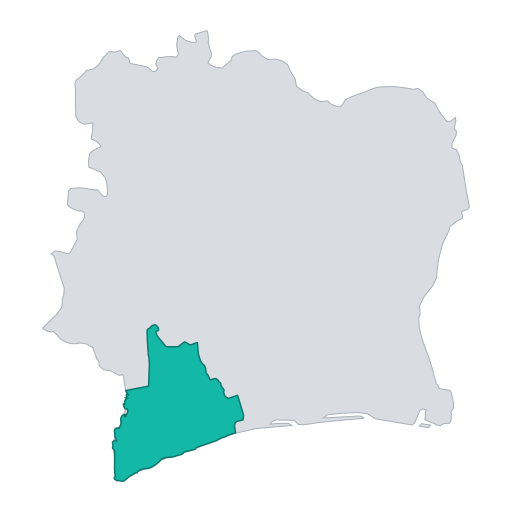 Bas-Sassandra highlighted on a map of Ivory Coast
{"feature_id": "CIV-3448", "entity_name": "Bas-Sassandra", "entity_type": "Department", "adm_level": 1, "iso_a3": "CIV", "parent_name": "Ivory Coast", "parent_adm1": "", "projection": "orthographic", "projection_center": [-6.849, 5.451], "detail": "fine", "context": "in_parent", "style": "filled", "palette": "teal", "viewbox_px": 512, "rotation_deg": 0, "n_neighbors": 0, "source": "natural_earth", "source_scale": "10m", "svg_char_len": 6559}
<svg xmlns="http://www.w3.org/2000/svg" viewBox="0 0 512 512"><path d="M86.4,70.2L88.4,70.2L93.8,68.6L98.6,65.0L103.2,57.6L109.3,51.6L116.2,52.0L118.3,50.9L120.7,50.7L123.5,54.7L126.4,57.7L128.5,57.8L130.0,63.5L142.6,65.8L148.0,67.4L152.5,71.5L154.1,71.6L156.0,70.8L157.5,69.3L157.8,67.7L155.9,64.0L156.7,60.6L158.7,57.6L162.0,57.4L166.9,56.6L172.5,56.6L176.6,57.1L178.3,54.1L176.7,45.7L177.1,41.0L177.8,37.1L179.3,35.5L185.6,40.4L191.3,42.2L195.3,42.3L196.5,41.4L194.7,36.0L195.2,34.4L196.7,33.5L199.4,32.9L206.6,30.7L207.4,31.2L208.8,39.6L208.1,42.4L209.7,48.2L211.6,53.5L211.4,55.7L209.9,59.0L208.1,62.1L208.3,63.3L211.2,65.4L216.7,67.5L222.5,68.0L225.7,64.9L229.0,62.3L231.3,60.0L232.1,56.7L235.7,54.2L246.1,51.1L255.7,50.7L258.0,51.6L262.3,56.3L267.8,59.5L276.2,59.1L282.2,61.0L287.5,64.5L291.0,72.5L294.9,78.3L296.6,86.5L302.7,90.8L307.5,92.7L314.0,98.6L320.7,101.7L327.6,100.9L330.8,104.0L336.0,106.2L341.2,106.4L345.6,99.5L351.6,96.7L366.7,91.2L372.7,88.6L378.7,87.0L393.3,86.5L406.8,88.1L413.6,89.3L418.2,88.4L422.6,91.6L427.1,98.4L430.9,100.6L434.7,102.9L437.5,108.3L440.9,113.7L442.7,116.0L446.8,121.3L450.3,121.3L453.7,119.0L455.2,117.3L455.9,120.8L454.6,126.5L454.9,130.0L456.8,131.3L455.9,135.8L451.9,143.6L452.0,148.1L456.0,149.5L458.9,154.3L460.6,162.6L462.4,165.3L462.6,167.0L465.7,187.0L469.4,207.0L467.2,209.7L464.1,210.5L462.1,211.4L461.5,213.3L462.9,216.0L462.1,218.5L458.2,220.3L449.8,226.7L449.3,229.3L447.1,234.7L445.2,238.1L442.5,244.2L438.3,260.5L436.8,274.0L436.6,278.2L434.9,281.1L433.0,285.3L423.9,296.9L419.3,306.4L419.9,310.5L420.2,314.6L418.8,317.6L419.1,325.6L420.3,332.3L422.0,338.8L428.8,357.4L432.3,368.6L434.6,377.7L436.5,383.8L438.3,386.2L439.1,388.6L449.0,390.2L450.9,391.5L453.7,403.4L453.3,408.7L451.3,410.8L451.4,415.3L451.0,420.9L449.6,423.2L444.0,423.5L440.3,425.6L435.3,424.8L434.8,423.4L432.1,422.9L424.8,419.8L425.9,409.5L422.5,409.1L419.9,410.5L414.7,422.8L412.2,425.0L375.4,418.8L367.4,413.7L357.8,412.6L341.2,413.3L327.4,414.8L323.5,418.0L358.2,416.0L361.9,416.3L363.7,418.2L319.8,422.4L303.0,424.9L298.1,424.3L294.3,420.3L276.1,419.9L272.4,421.2L270.1,424.1L277.3,423.5L288.6,423.3L291.6,425.5L256.2,428.5L231.7,434.1L221.3,438.2L187.0,451.8L166.1,458.2L160.6,460.5L151.1,467.1L138.8,471.3L125.1,479.0L116.7,480.8L114.9,478.3L114.7,465.1L113.5,447.5L113.9,440.8L115.1,434.4L115.1,429.2L119.3,427.2L120.4,425.0L121.0,418.2L124.9,412.0L125.0,401.1L126.1,398.9L127.0,396.0L125.4,388.9L123.2,375.4L122.2,374.5L121.2,375.1L119.0,375.4L110.4,370.7L103.8,369.9L99.2,365.9L98.9,361.4L96.6,358.8L95.0,353.6L92.7,347.6L86.2,343.9L80.1,343.0L75.7,343.8L70.6,343.6L64.7,341.5L60.7,339.3L56.9,334.9L53.3,331.4L50.5,331.8L47.0,331.0L43.7,329.4L42.6,328.1L56.8,314.2L61.7,307.4L62.2,303.3L62.2,299.1L63.8,294.8L64.2,288.2L56.5,264.3L54.5,256.9L52.4,254.7L51.0,253.9L55.0,250.9L60.5,251.7L68.9,254.1L70.7,251.7L77.1,239.7L76.9,235.2L76.3,232.1L80.0,223.9L83.0,220.7L84.5,217.3L84.1,212.6L81.8,210.8L78.9,211.1L75.4,210.0L70.1,207.3L67.4,204.8L68.2,194.0L68.7,190.6L70.6,188.6L73.6,188.1L81.9,187.8L88.6,189.1L94.5,189.8L97.6,189.8L100.2,193.0L103.5,196.3L106.5,196.3L107.6,193.9L106.9,183.1L104.9,177.4L100.5,171.9L88.8,167.2L88.5,160.7L89.7,153.6L92.3,151.0L100.9,146.5L99.4,144.1L96.7,141.5L91.2,138.9L92.5,130.4L92.8,122.9L88.1,123.7L83.4,124.1L79.3,121.8L76.0,117.2L75.4,104.6L75.5,90.0L74.8,83.5L76.2,80.1L80.3,76.9L84.7,72.8L86.4,70.2ZM430.6,425.0L428.6,427.8L419.3,426.1L421.5,423.7L430.6,425.0Z" fill="#d9dde1" stroke="#a8b0b8" stroke-width="1"/><path d="M128.1,394.7L127.3,393.5L125.8,390.5L127.1,390.3L148.6,386.1L149.4,364.3L149.1,358.0L148.3,354.9L147.4,341.1L147.1,331.7L147.4,329.5L148.2,328.8L148.8,328.5L149.3,328.3L149.6,328.2L149.9,328.0L150.2,327.8L150.4,327.6L151.3,326.2L151.5,326.1L152.6,325.4L152.9,325.3L154.8,324.8L155.4,324.8L157.7,326.8L158.3,328.1L158.5,328.9L158.5,329.5L158.5,330.0L158.4,330.3L158.2,330.6L157.9,330.7L157.2,330.9L156.9,331.0L156.5,331.2L156.2,331.5L155.9,332.0L155.9,332.4L157.3,336.1L165.4,345.9L166.4,346.6L167.2,346.8L177.3,346.7L178.0,346.6L178.8,346.2L184.0,342.2L184.6,341.9L185.4,342.2L188.9,344.3L190.1,344.7L191.3,344.7L195.6,343.0L197.4,342.7L198.3,353.5L199.2,356.9L200.5,360.7L201.9,363.1L202.4,363.7L202.8,364.1L203.9,365.0L204.4,365.7L204.8,366.2L205.3,367.3L205.5,367.9L205.7,368.5L206.0,372.4L206.2,373.1L206.5,373.5L207.0,374.0L207.3,374.2L207.6,374.6L208.0,375.2L210.1,379.9L214.2,378.7L215.8,378.7L216.4,378.9L218.0,380.0L218.3,380.4L218.9,381.7L220.5,382.9L220.7,383.2L220.8,383.5L220.9,383.9L220.8,384.7L220.7,385.1L220.9,385.5L221.1,385.8L221.5,385.9L221.7,386.2L221.9,386.9L222.4,387.7L222.7,388.1L223.0,388.5L223.3,388.8L224.0,390.0L224.0,390.7L223.9,391.1L223.7,391.4L223.6,391.7L223.6,392.1L223.7,392.9L223.9,393.2L224.0,393.5L224.1,393.8L224.5,395.3L224.6,395.6L224.8,395.8L225.3,396.3L225.6,396.7L225.9,396.9L226.3,397.2L227.0,397.5L227.3,397.8L227.5,398.2L227.7,398.5L228.8,398.3L237.6,395.3L243.6,415.3L243.0,419.9L237.3,421.3L236.6,421.6L236.1,422.0L235.4,422.7L235.1,423.2L234.9,423.7L234.6,424.8L234.5,425.7L235.5,432.7L235.5,432.9L227.6,435.4L226.4,436.0L225.9,436.7L225.1,436.6L221.4,438.0L215.8,440.9L196.6,447.4L196.0,447.8L195.6,448.9L194.5,449.5L187.1,451.3L185.6,451.5L184.5,451.9L182.6,453.7L181.5,454.4L172.5,457.0L165.5,457.5L163.6,458.4L162.0,458.8L161.2,459.3L159.2,461.7L155.4,464.9L151.1,467.5L148.2,468.4L142.9,468.9L138.7,470.7L137.9,471.3L137.2,472.7L136.4,472.8L135.5,472.8L134.8,473.1L133.6,474.1L129.8,476.2L124.2,480.8L122.9,481.3L121.3,481.1L118.2,480.5L117.0,480.7L114.7,479.1L114.3,478.2L114.4,477.5L115.2,476.2L115.4,475.5L115.3,474.8L114.8,473.4L114.9,471.6L114.8,470.9L114.6,470.2L114.5,469.6L114.8,454.5L114.5,450.8L114.3,450.1L113.9,449.6L113.4,449.2L112.8,448.7L112.5,447.9L112.5,447.3L112.9,445.8L113.0,445.0L112.5,442.8L112.5,442.1L114.7,440.4L115.6,440.5L116.2,441.0L116.5,441.0L116.4,439.9L116.0,438.5L115.4,437.6L114.9,436.6L115.0,435.1L114.4,431.0L114.6,429.8L115.5,428.5L116.7,428.0L117.8,428.0L118.8,428.4L120.7,425.0L121.2,423.7L121.2,422.5L120.6,419.2L121.4,416.9L121.7,416.2L122.2,415.6L124.0,414.6L124.2,414.4L125.0,414.5L124.9,414.8L124.5,415.2L124.6,415.5L124.8,416.0L124.8,416.5L125.0,416.8L125.7,416.5L126.0,416.1L126.3,414.9L126.5,414.4L127.3,413.2L127.7,412.5L127.8,411.7L127.6,410.3L127.2,409.0L126.7,408.9L126.0,409.0L124.9,408.4L124.3,407.5L123.8,406.3L123.5,405.0L123.5,403.9L124.5,404.4L124.8,403.7L124.7,401.0L125.2,400.0L126.1,399.3L126.4,398.7L125.6,397.9L126.1,397.9L127.5,397.9L126.5,396.6L126.2,395.3L126.7,394.4L128.1,394.7Z" fill="#14b8a6" stroke="#0f766e" stroke-width="1.5"/></svg>